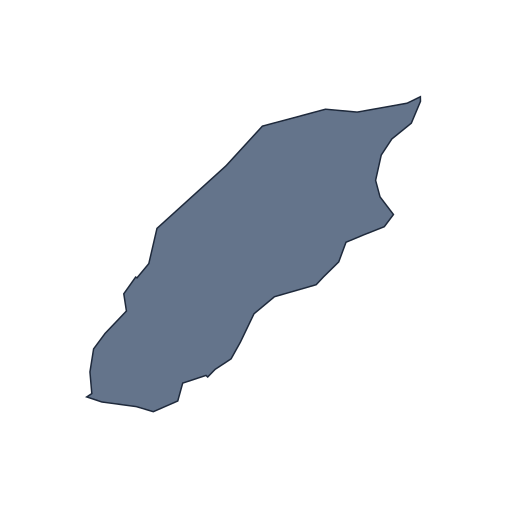 the district of Örkelljunga, Skåne, Sweden, rotated 345°
{"feature_id": "70781695B2310974409616", "entity_name": "Örkelljunga", "entity_type": "district", "adm_level": 2, "iso_a3": "SWE", "parent_name": "Sweden", "parent_adm1": "Skåne", "projection": "robinson", "projection_center": [13.368, 56.334], "detail": "fine", "context": "isolated", "style": "filled", "palette": "slate", "viewbox_px": 512, "rotation_deg": 345, "n_neighbors": 0, "source": "geoboundaries", "source_scale": "gbopen_adm2", "svg_char_len": 704}
<svg xmlns="http://www.w3.org/2000/svg" viewBox="0 0 512 512"><g transform="rotate(345 256 256)"><path d="M56.0,348.3L69.3,357.1L101.4,370.5L116.5,379.8L142.9,375.8L152.3,359.8L176.8,358.4L178.0,360.4L187.2,354.9L205.3,348.9L218.6,335.2L239.1,311.3L263.3,300.1L306.7,299.3L315.7,293.7L316.4,293.3L334.4,283.1L346.5,266.0L365.8,263.4L387.5,260.9L399.5,251.5L391.1,231.0L391.1,213.9L403.1,190.9L417.5,178.1L440.4,167.9L454.9,149.2L456.0,144.7L441.6,147.5L391.0,143.2L361.1,132.2L360.8,132.2L295.8,132.2L250.4,161.1L167.5,203.7L150.5,235.6L135.4,246.3L134.3,245.2L118.5,258.3L116.6,275.6L90.2,291.7L75.1,303.7L65.6,325.0L61.8,346.4L56.0,348.3Z" fill="#64748b" stroke="#1e293b" stroke-width="1.5"/></g></svg>